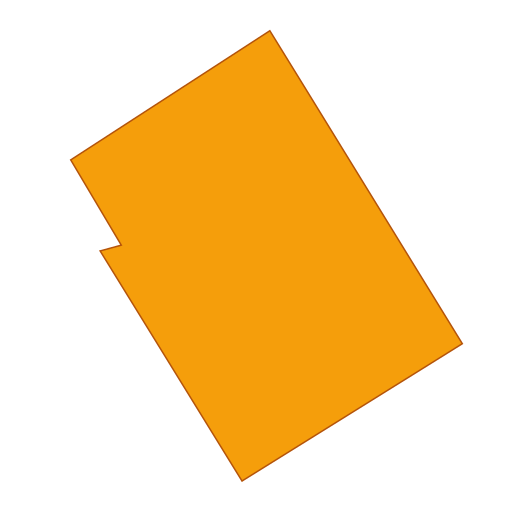 the district of Sterling, Texas, United States of America, rotated 148°
{"feature_id": "52423323B58993545111067", "entity_name": "Sterling", "entity_type": "district", "adm_level": 2, "iso_a3": "USA", "parent_name": "United States of America", "parent_adm1": "Texas", "projection": "orthographic", "projection_center": [-101.069, 31.822], "detail": "fine", "context": "isolated", "style": "filled", "palette": "amber", "viewbox_px": 512, "rotation_deg": 148, "n_neighbors": 0, "source": "geoboundaries", "source_scale": "gbopen_adm2", "svg_char_len": 276}
<svg xmlns="http://www.w3.org/2000/svg" viewBox="0 0 512 512"><g transform="rotate(148 256 256)"><path d="M124.9,439.7L362.2,435.7L364.5,336.6L385.5,342.9L387.1,72.6L174.6,72.3L127.5,72.3L125.3,374.3L124.9,439.7Z" fill="#f59e0b" stroke="#b45309" stroke-width="1.5"/></g></svg>